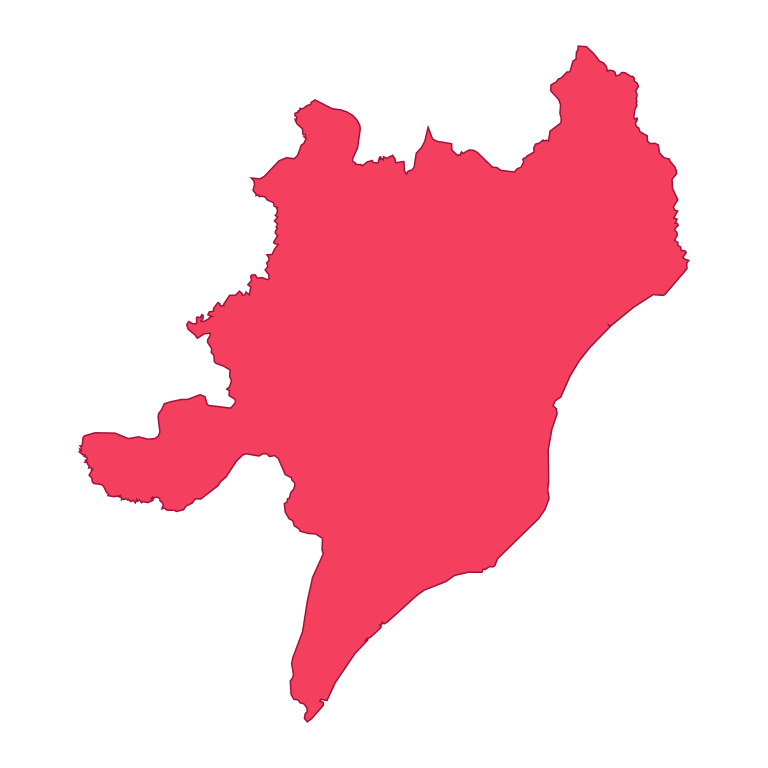 outline of Malaka, Nusa Tenggara Timur, Indonesia
{"feature_id": "22746128B56140662064287", "entity_name": "Malaka", "entity_type": "district", "adm_level": 2, "iso_a3": "IDN", "parent_name": "Indonesia", "parent_adm1": "Nusa Tenggara Timur", "projection": "orthographic", "projection_center": [124.848, -9.546], "detail": "fine", "context": "isolated", "style": "filled", "palette": "rose", "viewbox_px": 768, "rotation_deg": 0, "n_neighbors": 0, "source": "geoboundaries", "source_scale": "gbopen_adm2", "svg_char_len": 6063}
<svg xmlns="http://www.w3.org/2000/svg" viewBox="0 0 768 768"><path d="M315.0,99.9L311.1,102.4L310.6,104.7L307.7,105.2L302.5,108.9L300.0,108.3L300.0,110.2L297.9,111.1L298.4,112.1L295.0,113.3L294.9,115.7L296.8,117.0L296.2,119.6L295.1,119.2L295.3,120.4L297.2,124.1L302.4,128.8L302.8,133.7L303.4,134.9L305.2,134.4L305.6,136.6L304.1,137.0L306.2,138.4L303.7,143.6L301.3,145.1L297.7,155.3L294.3,158.7L286.5,157.7L279.1,160.8L264.5,176.2L260.1,178.9L251.3,178.0L253.8,180.7L254.6,184.4L253.0,190.4L256.0,194.0L256.0,195.6L257.8,194.8L259.3,196.7L261.2,196.1L265.1,197.0L267.1,199.8L273.5,202.7L274.2,206.3L277.4,207.4L276.6,208.3L277.5,210.1L276.9,213.4L275.3,215.5L277.8,216.9L274.4,220.9L277.6,223.9L276.1,227.3L277.4,228.5L275.3,231.4L275.4,233.4L277.6,235.7L273.6,242.2L274.1,243.3L278.2,244.5L274.5,249.2L272.1,254.5L266.9,254.8L268.8,257.6L269.0,260.5L266.7,262.8L267.8,266.5L265.1,270.0L268.7,274.4L269.1,278.5L267.5,279.7L262.1,277.6L257.4,278.2L255.1,274.8L251.5,275.1L250.7,276.4L251.5,280.5L247.8,284.7L250.8,287.0L249.3,294.8L246.1,292.1L244.4,295.1L242.7,295.5L242.0,293.3L239.4,291.2L235.6,295.2L229.6,295.3L223.6,304.3L224.0,305.7L220.4,305.9L219.6,303.3L217.8,302.6L213.5,308.5L213.5,311.3L209.4,311.7L207.8,314.8L212.2,316.4L209.4,317.5L208.4,319.1L203.3,321.6L201.3,321.4L200.9,320.6L202.5,319.8L203.2,317.2L203.1,315.4L201.8,314.6L200.4,317.7L197.5,316.9L196.5,317.7L196.7,323.4L193.2,323.9L188.7,321.5L186.7,324.6L188.2,329.4L194.7,334.6L197.3,338.3L204.3,333.8L210.1,333.2L210.3,335.2L207.7,339.6L207.5,342.2L211.7,348.7L211.2,352.4L213.9,355.5L214.3,361.6L216.0,363.4L223.3,366.0L230.1,370.0L229.6,376.6L231.5,380.5L229.6,386.6L226.7,389.2L229.4,390.6L229.0,395.6L235.3,399.5L235.2,403.0L230.6,408.1L208.5,405.4L207.2,404.3L204.9,396.6L200.1,394.7L187.8,399.4L181.3,399.5L170.4,401.8L164.2,403.8L162.0,409.1L158.7,413.4L158.1,417.3L159.9,432.0L158.4,435.9L154.9,438.6L147.8,439.2L138.6,436.8L128.5,438.6L114.9,433.1L94.8,432.8L84.6,435.8L83.1,437.3L82.1,445.8L80.1,445.8L81.1,447.0L81.3,450.5L79.9,449.4L80.4,450.7L79.2,451.8L83.0,455.0L84.8,454.9L85.4,455.5L84.3,456.4L87.0,457.6L87.3,458.9L84.8,461.1L86.4,460.7L86.6,461.6L85.4,462.3L87.6,462.5L87.4,463.8L89.2,466.4L88.7,468.0L90.6,467.5L91.7,468.1L91.4,469.5L92.5,469.4L89.1,475.2L91.9,478.2L92.3,482.0L93.8,483.5L100.9,484.4L103.2,485.7L106.8,492.8L108.7,494.1L107.9,495.6L113.9,496.7L120.0,495.7L118.8,496.7L121.5,497.4L121.5,499.6L122.4,498.8L123.2,499.6L126.3,498.8L127.9,500.1L128.7,499.3L130.6,501.6L133.3,500.3L135.3,502.9L136.3,500.9L137.3,501.2L137.0,499.6L138.2,500.7L139.2,499.7L141.6,502.7L142.9,501.7L147.9,502.6L152.6,500.5L151.3,498.1L152.5,497.2L153.6,498.9L154.0,497.5L157.5,497.3L159.4,498.2L160.3,501.3L161.8,502.0L163.4,505.0L161.8,508.8L164.4,508.1L167.1,510.2L174.2,510.2L176.3,511.5L183.5,509.8L186.2,506.0L192.0,503.2L195.6,498.7L200.7,499.1L218.0,485.7L220.6,481.6L226.0,477.0L236.5,461.0L242.7,455.0L246.0,453.8L259.0,456.0L262.8,453.8L267.0,453.9L269.5,456.6L274.6,455.6L278.3,458.5L285.2,474.5L291.6,477.9L291.7,479.8L294.6,482.9L294.9,485.1L293.6,489.3L290.6,492.7L289.5,497.9L287.5,498.8L287.2,501.9L284.3,503.7L285.3,512.3L289.2,518.9L292.7,520.5L294.2,525.8L299.2,529.0L300.1,531.2L308.5,533.5L315.5,533.9L322.5,538.3L322.0,549.9L323.3,553.8L312.6,577.4L307.3,601.3L302.6,631.6L292.8,657.8L291.6,663.7L293.4,673.9L292.8,677.5L290.3,681.1L291.1,694.5L293.9,699.4L298.1,699.8L300.1,702.9L303.8,703.8L306.8,707.7L307.3,711.7L305.2,713.6L304.4,718.5L307.3,721.9L311.4,718.9L323.3,705.4L323.4,702.6L319.8,700.9L321.0,699.3L326.9,700.6L335.4,682.4L355.1,653.3L367.8,640.0L367.9,639.1L365.7,640.1L366.6,638.6L370.4,637.4L380.8,627.7L381.1,626.1L379.7,625.3L381.9,624.2L382.0,622.3L384.2,623.8L387.3,622.1L416.9,595.3L424.4,590.0L445.8,581.6L454.6,575.4L468.5,572.2L481.9,572.3L483.1,569.1L485.2,569.6L489.5,566.6L492.6,566.9L494.7,565.9L497.6,558.7L538.7,518.5L544.9,509.6L549.1,498.3L547.7,490.0L548.7,481.5L548.2,450.0L551.9,429.1L557.1,413.9L556.3,408.7L553.1,405.7L555.1,400.8L560.7,397.2L570.0,376.2L579.1,361.0L590.3,346.9L610.0,326.8L608.8,325.1L610.8,325.9L633.5,307.3L653.2,294.6L663.0,295.4L664.8,294.6L687.0,268.7L686.7,263.3L688.8,260.4L685.2,259.4L682.8,257.5L686.2,252.5L685.0,250.9L681.2,250.3L680.5,246.8L678.0,245.6L677.8,242.3L674.5,240.4L677.4,235.0L677.1,232.9L674.4,229.5L678.2,225.4L677.5,223.5L675.2,223.2L677.1,219.2L673.8,218.1L677.6,211.0L674.5,210.0L673.4,206.8L677.8,199.8L672.5,188.4L672.1,179.2L676.6,173.7L676.3,170.6L674.8,166.9L669.8,160.9L669.5,159.1L663.9,157.7L659.6,153.0L658.3,145.0L655.0,143.3L650.4,143.6L647.5,141.3L647.2,135.8L640.0,131.8L638.7,127.9L636.3,126.5L635.4,123.4L637.4,119.4L636.9,118.0L634.7,119.4L633.8,117.2L634.9,109.5L637.0,105.1L635.9,103.1L637.0,101.5L636.3,100.0L637.1,94.8L635.7,90.8L638.5,86.4L637.0,82.9L634.5,81.4L634.1,77.9L632.4,76.3L631.0,76.5L625.1,72.7L621.7,72.5L619.1,75.2L615.8,75.7L615.1,72.4L613.7,71.0L609.6,70.2L607.4,71.0L606.4,66.5L603.1,62.6L599.9,61.5L593.7,53.6L586.4,46.7L578.2,46.1L577.8,50.3L576.5,51.7L576.0,59.2L572.9,61.2L570.3,70.7L568.9,72.1L567.1,71.9L560.9,78.2L558.3,79.0L556.5,81.7L551.0,84.9L550.8,90.9L558.6,99.4L560.6,104.8L559.9,113.5L561.2,118.0L561.0,122.8L550.0,131.2L548.5,141.0L546.3,140.2L543.9,141.1L543.0,140.0L539.6,143.0L535.4,144.2L533.7,148.1L534.1,152.0L526.6,156.3L525.9,157.9L523.9,158.1L522.7,159.5L523.8,161.8L521.0,167.2L517.2,168.8L514.3,172.0L501.0,170.4L496.9,167.6L492.4,167.1L477.1,152.2L473.1,150.2L469.0,150.0L463.0,153.4L461.5,151.9L459.9,155.3L458.7,154.8L457.8,155.6L451.9,150.1L451.6,143.7L437.3,141.4L432.6,139.1L428.1,127.3L424.8,141.2L421.5,147.5L416.3,153.1L414.1,167.1L412.2,169.7L407.9,171.4L406.5,174.1L404.4,171.0L403.9,161.5L395.6,162.7L395.1,159.1L392.6,155.3L386.7,158.3L383.5,156.7L383.1,159.9L381.5,158.4L379.8,159.6L380.5,156.9L379.6,157.1L377.9,163.0L373.0,162.5L372.2,160.5L367.2,161.9L362.2,165.8L361.3,164.6L355.5,164.4L355.5,163.0L352.8,161.4L352.5,159.2L357.6,147.7L360.2,129.3L359.9,125.6L357.3,120.5L352.7,115.4L346.6,111.8L340.5,109.8L332.2,108.7L315.0,99.9Z" fill="#f43f5e" stroke="#9f1239" stroke-width="1.5"/></svg>